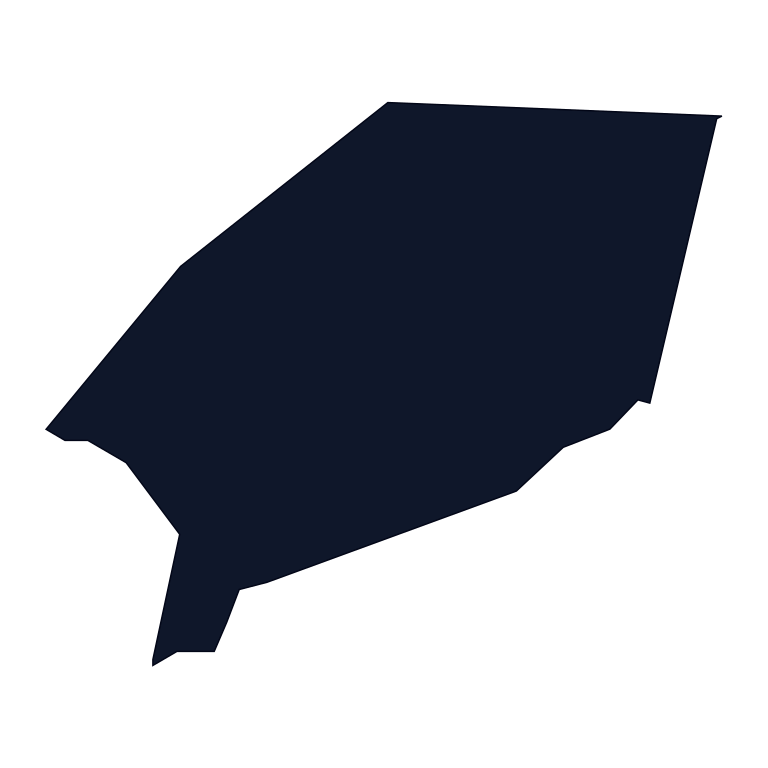 La Dauphine Estate, Soufrière, Saint Lucia
{"feature_id": "8701671B47910558118739", "entity_name": "La Dauphine Estate", "entity_type": "district", "adm_level": 2, "iso_a3": "LCA", "parent_name": "Saint Lucia", "parent_adm1": "Soufrière", "projection": "natural_earth1", "projection_center": [-61.043, 13.822], "detail": "fine", "context": "isolated", "style": "filled", "palette": "ink", "viewbox_px": 768, "rotation_deg": 0, "n_neighbors": 0, "source": "geoboundaries", "source_scale": "gbopen_adm2", "svg_char_len": 417}
<svg xmlns="http://www.w3.org/2000/svg" viewBox="0 0 768 768"><path d="M649.8,403.1L716.7,118.7L721.9,116.1L396.0,102.9L387.8,102.6L180.6,266.4L46.1,429.3L65.0,440.4L87.9,440.4L126.2,462.7L179.7,534.3L152.9,659.5L152.9,665.4L176.9,651.4L214.2,651.4L226.7,622.3L239.2,589.5L267.2,582.2L516.4,491.0L563.2,447.3L609.9,429.1L637.9,399.9L645.8,402.0L649.8,403.1Z" fill="#0f172a" stroke="#020617" stroke-width="1.5"/></svg>